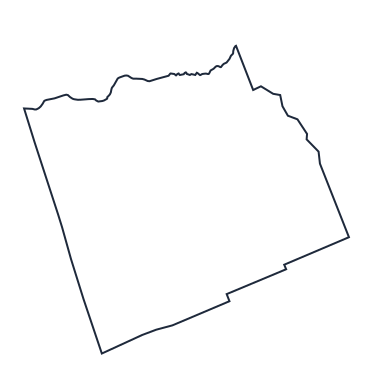 outline of Clinton, New York, United States of America, rotated 254°
{"feature_id": "52423323B88569310946047", "entity_name": "Clinton", "entity_type": "district", "adm_level": 2, "iso_a3": "USA", "parent_name": "United States of America", "parent_adm1": "New York", "projection": "natural_earth1", "projection_center": [-73.439, 44.72], "detail": "fine", "context": "isolated", "style": "outline", "palette": "slate", "viewbox_px": 384, "rotation_deg": 254, "n_neighbors": 0, "source": "geoboundaries", "source_scale": "gbopen_adm2", "svg_char_len": 1696}
<svg xmlns="http://www.w3.org/2000/svg" viewBox="0 0 384 384"><g transform="rotate(254 192 192)"><path d="M105.3,330.4L184.0,322.8L195.9,324.8L211.0,316.7L216.1,318.6L232.8,313.4L238.9,305.2L249.5,302.6L260.9,303.5L264.0,297.1L274.6,287.4L273.2,278.9L320.4,274.6L320.3,274.0L318.7,272.1L316.1,270.5L314.1,269.8L313.5,269.3L312.3,267.1L311.8,266.6L309.6,264.7L306.9,260.9L306.4,257.8L305.6,256.3L304.1,254.3L304.2,253.7L305.6,252.2L306.0,251.4L306.2,250.6L306.0,249.4L304.5,246.7L303.7,243.4L301.1,241.0L300.9,240.5L301.0,239.9L302.0,238.0L302.3,236.4L302.6,234.4L302.1,232.3L302.2,231.9L304.9,230.0L305.3,229.5L303.6,227.4L305.5,224.0L305.5,223.6L305.2,222.9L305.1,222.2L307.0,219.5L307.4,219.4L308.3,219.4L308.7,219.0L308.5,217.8L307.5,216.5L307.8,212.6L308.1,212.3L309.6,211.8L309.5,210.5L308.7,209.3L308.5,208.8L310.3,207.5L311.8,204.2L311.8,203.8L310.2,201.5L310.4,189.4L310.2,181.7L310.9,180.0L313.2,177.3L314.4,175.3L316.5,169.1L317.1,166.8L318.2,165.3L321.4,162.5L322.1,161.0L322.4,159.3L322.1,154.4L321.9,152.9L321.5,151.8L316.0,146.2L314.7,144.3L314.2,143.7L313.0,142.9L310.1,141.4L308.6,140.1L308.0,139.3L306.5,136.7L305.2,136.2L305.0,135.9L304.2,132.5L304.2,130.7L304.8,126.8L306.4,125.1L307.8,124.3L308.8,122.2L309.8,118.2L311.4,110.4L312.1,107.7L313.0,105.7L313.7,104.2L314.6,102.9L316.8,101.0L318.7,99.8L319.4,99.4L320.2,97.9L320.3,94.9L319.9,85.7L320.6,77.5L320.4,75.5L320.2,75.0L318.0,72.8L315.9,70.1L314.9,68.0L314.5,66.4L314.3,64.8L314.7,63.5L315.9,61.5L318.6,53.6L283.2,54.4L207.2,57.1L193.8,57.4L160.9,57.2L119.0,58.2L61.6,60.8L68.3,104.7L69.5,119.6L69.2,136.4L76.7,197.9L84.3,197.2L91.8,261.2L96.7,260.6L105.3,330.4Z" fill="none" stroke="#1e293b" stroke-width="2"/></g></svg>